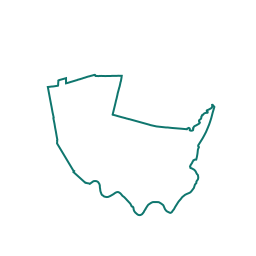 outline of Floresti-Stoenesti, Giurgiu, Romania, rotated 307°
{"feature_id": "2599482B22375380524823", "entity_name": "Floresti-Stoenesti", "entity_type": "district", "adm_level": 2, "iso_a3": "ROU", "parent_name": "Romania", "parent_adm1": "Giurgiu", "projection": "equal_earth", "projection_center": [25.713, 44.497], "detail": "fine", "context": "isolated", "style": "outline", "palette": "teal", "viewbox_px": 256, "rotation_deg": 307, "n_neighbors": 0, "source": "geoboundaries", "source_scale": "gbopen_adm2", "svg_char_len": 5671}
<svg xmlns="http://www.w3.org/2000/svg" viewBox="0 0 256 256"><g transform="rotate(307 128 128)"><path d="M196.8,184.3L197.0,183.5L197.4,181.6L197.1,181.3L196.2,182.1L195.6,182.4L194.7,182.7L193.6,182.4L191.5,181.5L189.6,180.4L189.3,180.4L189.1,180.5L188.9,180.8L189.0,181.4L188.9,181.8L188.5,182.2L188.0,182.3L187.8,182.1L187.6,181.9L187.3,181.4L186.5,180.7L185.7,180.2L184.9,180.0L184.0,179.9L183.7,179.8L183.2,179.9L183.0,179.7L182.9,179.5L182.7,179.4L182.4,179.5L181.8,179.8L181.1,179.8L180.8,179.9L180.5,180.3L180.0,180.5L179.4,180.7L178.7,180.6L177.5,180.2L176.8,180.2L175.9,180.9L175.7,181.2L175.8,181.6L175.6,182.1L175.2,182.2L174.4,182.2L172.4,181.4L171.0,180.8L170.1,180.3L169.0,179.9L168.5,179.9L168.0,180.0L167.7,180.2L167.4,180.0L166.7,180.3L166.1,180.9L165.5,181.2L165.0,181.1L164.7,180.9L164.1,180.4L163.7,179.8L163.4,179.1L163.4,178.7L163.5,178.5L163.9,178.3L164.3,178.1L164.5,177.9L164.6,177.6L164.7,177.4L164.8,177.2L164.7,176.8L164.7,176.6L164.6,176.4L164.4,176.3L164.0,176.1L163.5,175.9L163.2,175.9L163.1,175.7L162.4,175.7L162.3,175.4L161.8,174.7L159.7,171.3L154.5,163.1L152.3,159.4L151.4,158.2L146.4,149.8L146.3,149.6L143.7,143.9L143.6,143.4L136.0,124.1L135.8,123.6L135.6,123.4L135.4,122.7L134.6,120.9L134.3,119.9L134.0,119.3L133.7,118.5L132.7,116.1L132.4,115.3L132.0,114.3L131.4,112.8L131.0,111.7L130.8,111.2L130.6,110.6L129.5,108.0L129.4,107.9L129.4,107.7L131.0,107.0L139.4,103.4L141.2,102.6L142.7,101.9L144.3,101.3L147.2,100.0L147.6,99.8L147.9,99.7L149.3,99.0L150.5,98.5L152.3,97.8L154.7,96.8L155.9,96.4L157.9,95.5L159.6,94.7L160.0,94.5L161.2,94.1L161.6,93.9L164.3,92.5L165.0,92.1L165.9,91.6L163.8,88.7L163.1,87.9L160.4,84.4L159.9,83.7L159.7,83.5L159.1,82.9L158.6,82.2L155.6,78.3L153.4,75.2L152.5,74.1L152.3,73.7L152.0,73.5L151.5,73.0L151.2,72.4L150.3,71.2L150.2,71.0L150.1,70.9L150.0,70.7L150.2,70.2L150.5,70.0L150.5,69.8L150.5,69.6L150.4,69.5L150.2,69.2L149.9,69.0L149.6,68.7L149.1,68.4L146.7,66.5L146.1,66.1L145.8,65.8L144.8,65.0L144.1,64.5L143.7,64.2L143.2,63.9L142.5,63.4L142.2,63.2L141.3,62.5L140.9,62.2L140.2,61.8L139.8,61.5L138.6,60.6L138.2,60.4L137.9,60.1L137.6,59.8L137.2,59.6L136.4,58.9L135.8,58.6L135.5,58.4L135.0,58.0L132.8,56.4L132.4,56.1L132.0,55.8L131.3,55.3L130.4,54.6L130.2,54.5L129.8,54.2L129.0,53.6L128.4,53.2L127.8,52.7L127.5,52.5L127.2,52.3L126.4,51.6L130.5,48.5L127.7,46.4L125.0,44.3L124.3,43.9L124.2,43.8L123.9,43.8L123.6,44.0L123.4,44.3L122.7,44.7L121.4,45.5L120.4,46.3L119.6,46.6L116.6,43.7L115.3,42.3L115.0,41.9L114.5,41.4L113.7,40.6L112.5,39.3L103.8,48.8L99.8,53.2L99.1,54.0L95.3,58.1L91.5,62.5L91.0,62.4L87.1,66.8L84.4,69.6L81.7,72.6L79.8,74.6L78.3,76.2L76.4,78.3L76.0,78.7L75.6,78.8L75.4,78.8L75.0,79.3L74.8,79.4L74.4,79.7L73.0,80.6L61.2,109.7L61.2,110.9L60.0,110.9L58.6,126.6L58.8,126.6L59.1,128.0L60.4,130.6L60.4,131.1L64.6,132.4L65.0,132.7L65.4,133.1L65.8,133.6L66.1,134.0L66.5,134.7L66.6,135.0L66.7,135.4L66.8,136.0L66.8,136.3L66.8,136.7L66.7,137.2L66.4,137.8L66.2,138.4L66.0,138.9L65.4,139.7L65.2,140.0L64.7,140.4L63.3,141.6L62.7,142.3L61.3,143.6L60.5,144.6L60.1,145.3L59.3,146.5L59.2,146.7L59.0,147.2L58.9,147.6L58.9,148.0L59.0,148.8L58.9,150.0L59.0,150.3L59.3,151.1L59.7,151.9L60.0,152.5L60.6,153.2L61.0,153.6L62.0,154.2L62.9,154.7L64.5,155.4L65.7,155.9L66.7,156.3L67.8,156.6L68.9,157.0L69.9,157.6L70.4,158.0L70.8,158.5L71.1,159.2L71.2,160.6L71.2,161.5L70.9,162.7L70.9,163.0L70.6,163.9L70.5,164.3L70.5,165.0L70.5,165.7L70.5,166.1L70.5,166.7L70.3,167.9L70.0,169.7L69.7,171.1L69.6,172.0L69.5,172.5L69.4,172.8L69.3,173.6L69.2,174.3L69.1,174.6L69.0,175.1L68.9,175.5L68.7,176.0L68.3,176.8L67.8,177.7L67.7,177.9L67.7,178.2L67.7,178.4L67.7,178.6L67.7,178.8L67.8,178.9L68.0,179.1L68.0,179.3L67.9,179.6L67.8,180.0L67.4,180.5L67.1,180.8L66.7,181.2L66.4,181.5L66.2,181.7L66.1,181.9L65.6,182.6L65.5,182.8L65.4,183.0L65.0,184.2L64.9,184.5L64.9,185.0L64.8,185.3L64.8,185.6L64.8,185.9L64.7,186.8L64.7,187.6L64.8,188.5L65.0,189.0L65.2,189.3L65.4,189.7L65.7,190.0L66.0,190.3L66.3,190.5L66.8,190.7L67.1,190.9L67.4,191.0L67.6,191.1L68.0,191.1L68.9,191.2L69.3,191.1L69.7,191.2L70.1,191.2L70.3,191.2L71.1,191.0L71.9,190.9L72.0,190.9L72.3,190.9L73.2,190.8L73.5,190.8L73.7,190.7L74.0,190.8L74.3,190.7L74.8,190.6L77.4,190.4L77.7,190.4L78.1,190.4L78.6,190.4L79.0,190.4L79.3,190.5L80.4,190.9L81.6,191.3L82.5,191.7L83.3,192.1L83.7,192.4L84.1,192.8L84.5,193.3L86.2,195.6L86.8,196.5L87.2,197.1L87.3,197.4L87.4,197.9L87.5,199.0L87.6,200.1L87.6,201.5L87.6,202.1L87.5,202.8L87.1,203.5L85.4,206.5L84.9,208.4L84.9,209.6L85.4,212.1L85.6,212.7L85.8,213.0L86.3,213.3L86.8,213.5L87.3,213.6L88.0,213.6L88.7,213.5L90.8,213.6L93.2,213.2L99.1,212.7L100.4,212.7L102.9,212.9L105.4,212.9L109.0,213.8L110.6,214.6L113.0,216.0L114.1,216.5L115.6,216.7L119.7,216.7L121.7,216.0L123.2,215.5L125.2,215.7L126.1,215.0L126.9,214.8L128.0,214.8L129.2,214.7L130.5,214.1L131.6,213.1L132.4,212.2L132.6,211.8L132.7,210.9L133.0,210.1L133.7,208.8L134.1,208.0L134.3,207.0L134.5,206.2L134.4,205.3L134.3,204.5L134.2,203.6L133.7,202.1L133.9,202.0L134.1,201.8L134.3,201.3L134.3,201.0L134.7,200.8L134.8,200.6L135.0,200.6L135.9,200.4L136.2,200.3L136.5,200.3L137.2,200.3L137.6,200.2L138.2,200.2L138.6,200.2L139.5,200.0L140.0,199.9L140.3,199.8L140.7,199.8L141.2,199.9L141.7,199.9L141.8,199.8L142.1,200.0L143.0,200.4L143.8,201.5L144.8,201.1L146.4,200.4L148.4,199.4L149.7,198.7L151.2,197.8L152.2,197.2L152.9,196.8L153.9,196.5L155.3,196.2L155.6,195.8L155.5,195.4L155.6,195.2L155.8,194.9L156.1,194.7L156.3,194.6L156.5,194.5L157.8,194.4L161.4,194.1L163.6,193.9L164.7,193.8L166.1,193.6L168.2,193.3L171.2,192.8L171.8,192.7L176.6,191.5L178.4,191.0L179.3,190.8L182.1,189.9L186.1,188.5L187.8,187.8L191.4,186.3L194.4,185.2L196.8,184.3Z" fill="none" stroke="#0f766e" stroke-width="2"/></g></svg>